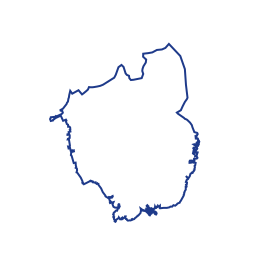 Kolonia, Pohnpei, Federated States of Micronesia, rotated 199°
{"feature_id": "79324940B53890436625634", "entity_name": "Kolonia", "entity_type": "district", "adm_level": 2, "iso_a3": "FSM", "parent_name": "Federated States of Micronesia", "parent_adm1": "Pohnpei", "projection": "albers", "projection_center": [158.208, 6.963], "detail": "fine", "context": "isolated", "style": "outline", "palette": "blue", "viewbox_px": 256, "rotation_deg": 199, "n_neighbors": 0, "source": "geoboundaries", "source_scale": "gbopen_adm2", "svg_char_len": 5570}
<svg xmlns="http://www.w3.org/2000/svg" viewBox="0 0 256 256"><g transform="rotate(199 128 128)"><path d="M194.7,144.3L194.3,140.1L193.8,137.4L193.9,136.5L193.4,133.4L193.9,132.0L193.9,130.6L195.8,125.1L197.7,123.0L197.4,122.5L195.7,122.7L194.6,121.2L195.3,119.6L199.2,115.9L200.1,115.9L200.5,114.9L204.5,113.0L204.4,112.1L204.6,111.1L203.3,109.5L201.4,110.7L201.5,111.3L200.5,112.5L200.7,112.9L195.6,117.8L191.7,113.7L189.4,115.7L188.6,115.0L188.7,113.7L187.8,112.8L187.2,111.9L185.8,111.6L185.0,109.7L183.8,110.2L182.9,109.7L182.0,107.7L182.4,107.2L181.9,106.8L181.3,105.9L182.8,104.8L181.9,103.3L183.2,102.3L183.0,101.8L181.3,102.7L180.7,102.0L179.9,99.6L181.3,98.2L181.3,97.5L180.1,97.9L177.2,92.5L177.0,91.4L178.6,91.0L177.5,89.3L176.2,90.1L174.9,88.0L173.5,88.8L172.9,88.4L172.0,89.2L171.5,88.3L173.9,86.6L173.4,85.1L173.2,83.8L172.2,83.3L167.9,77.2L166.3,78.2L165.7,77.0L165.4,76.0L164.4,74.5L164.5,73.3L163.2,73.1L162.4,71.5L162.2,69.3L161.5,69.3L156.5,65.7L153.6,62.7L153.4,61.4L152.9,60.9L152.4,61.3L151.4,60.5L149.9,62.0L146.9,65.1L146.7,65.5L146.0,65.5L146.0,66.0L144.1,66.0L144.1,65.5L143.4,65.2L142.9,65.6L142.0,65.4L140.9,66.1L140.3,65.3L139.4,65.0L138.9,65.7L138.4,65.3L137.8,65.5L137.5,64.7L135.0,63.0L133.7,62.1L132.8,61.1L130.9,59.1L127.3,56.7L127.1,56.1L126.6,55.9L125.0,55.6L123.9,55.3L123.3,55.6L123.3,56.1L123.8,56.3L123.6,56.6L122.5,56.7L120.5,58.0L120.7,58.4L120.4,58.7L120.1,58.2L120.6,56.9L121.3,57.2L122.1,56.6L122.1,56.1L122.4,55.8L122.8,55.1L122.2,54.0L121.9,53.8L120.4,52.9L121.1,52.0L120.5,51.2L117.6,53.2L117.8,50.8L116.1,48.8L114.4,48.5L112.3,49.2L111.5,50.2L111.7,51.4L112.1,52.0L112.0,52.9L111.5,53.0L111.0,52.0L110.3,51.2L110.6,49.1L111.1,49.0L111.5,48.1L111.3,47.7L111.4,46.3L112.3,46.2L113.0,44.9L113.2,44.2L113.5,44.0L113.9,43.0L113.7,42.6L113.9,41.6L113.3,41.4L112.9,40.1L113.0,39.1L112.5,38.7L112.1,38.9L111.9,37.9L111.6,37.3L111.1,37.0L110.7,37.0L110.3,35.4L109.4,35.2L109.1,35.8L109.4,36.5L109.1,37.7L107.6,39.7L107.6,40.5L105.8,39.1L104.1,39.6L103.7,40.1L104.0,40.5L104.6,40.9L104.1,41.6L103.5,41.2L102.8,41.2L102.2,42.0L102.0,43.5L101.5,43.6L101.6,42.7L100.3,41.3L99.7,41.5L98.8,40.6L97.9,40.4L96.2,41.3L95.5,41.4L94.2,42.5L95.1,43.8L93.9,43.0L92.5,43.9L91.9,45.4L91.5,45.8L90.4,47.8L90.4,48.2L89.8,48.5L88.5,51.7L89.0,54.8L89.8,56.0L87.9,55.4L88.2,54.5L88.1,54.3L87.3,54.7L86.6,55.3L86.5,55.0L85.9,54.8L85.3,55.1L83.8,55.0L81.6,54.0L80.2,53.2L79.6,52.6L78.9,52.5L78.8,52.9L79.2,53.8L80.2,54.6L82.0,55.2L83.3,56.4L84.3,56.5L84.4,57.1L83.6,56.8L83.3,56.8L82.9,56.6L82.8,56.3L82.2,56.3L81.5,55.8L80.7,55.5L79.0,54.6L78.0,54.6L77.7,55.2L77.9,55.8L78.2,56.2L79.4,56.9L79.7,56.9L79.8,57.2L80.2,57.0L80.3,56.7L81.0,56.8L81.8,57.3L82.1,57.7L82.4,57.7L83.0,58.0L83.7,59.0L83.8,59.4L84.4,59.8L85.0,60.4L84.6,61.3L83.7,60.8L83.6,60.6L83.3,60.6L83.2,60.2L82.7,59.8L82.1,59.5L82.2,59.2L82.0,58.9L81.0,58.6L80.7,58.6L79.3,57.7L75.4,56.2L74.6,55.5L73.9,55.3L73.2,55.4L73.1,56.5L73.8,57.4L75.2,57.8L76.3,57.8L77.3,58.4L78.2,58.2L79.6,58.7L80.0,58.9L80.0,59.1L80.4,59.4L80.0,59.7L79.6,59.3L79.3,59.2L78.3,59.8L77.8,59.8L77.1,60.2L76.8,60.2L76.7,60.6L76.3,60.9L76.6,61.5L76.8,62.5L76.5,62.2L76.3,61.6L75.9,61.4L75.6,61.6L75.3,61.7L75.2,62.7L75.0,62.8L75.0,63.3L74.8,63.5L74.3,63.4L74.2,63.6L74.0,63.3L73.7,63.6L73.9,64.0L73.6,63.9L72.8,64.2L72.5,64.8L72.3,64.2L71.9,62.6L71.6,62.5L68.3,64.1L65.3,65.1L63.0,66.5L62.3,67.5L60.7,68.0L59.9,69.8L58.1,69.9L57.1,71.4L56.6,72.7L54.8,74.2L54.8,75.2L54.4,76.2L53.3,82.4L53.6,82.9L53.4,83.9L53.8,85.0L53.6,85.4L53.8,86.0L53.6,87.5L53.3,88.5L54.3,91.2L53.6,91.4L53.6,92.1L54.7,93.3L54.1,94.1L54.5,95.7L55.7,95.8L55.6,98.0L54.7,99.2L55.2,99.9L57.6,101.5L55.4,100.4L54.5,100.2L53.9,102.4L54.0,103.9L54.0,105.2L53.1,106.0L53.1,106.5L52.4,106.6L52.5,107.3L52.1,107.7L51.7,108.8L52.0,109.4L51.4,110.2L52.0,111.3L51.8,112.1L52.0,112.6L52.7,113.8L52.3,114.4L52.7,117.1L53.9,117.2L54.6,116.6L56.1,116.5L57.1,115.7L58.5,115.1L58.9,116.2L58.9,117.2L57.7,117.8L56.0,118.2L55.0,118.2L54.6,118.8L55.2,119.4L55.5,120.4L54.0,121.0L52.9,121.6L52.6,122.4L53.5,123.3L55.1,123.6L55.4,123.3L55.6,124.0L54.7,124.2L54.1,124.9L54.3,126.5L55.0,127.1L54.2,127.2L54.2,127.6L55.5,127.4L55.6,126.6L55.9,126.7L56.0,127.2L56.6,127.4L56.8,127.0L57.8,126.7L57.8,125.5L56.6,124.5L58.3,125.1L58.9,130.2L59.6,130.2L59.6,130.7L59.2,131.0L58.8,131.0L59.0,130.8L58.9,130.5L57.6,129.6L57.8,129.1L57.3,128.7L56.5,128.7L56.2,129.6L56.2,130.2L55.8,130.7L55.8,131.2L56.2,131.5L56.4,131.9L56.7,131.9L56.8,132.3L57.4,132.4L57.2,132.7L57.5,133.0L58.0,133.2L59.2,133.4L60.6,133.8L59.9,134.3L56.0,134.0L55.8,135.5L58.3,135.9L58.3,136.5L58.0,136.6L57.7,137.4L57.4,136.8L57.0,136.4L56.9,137.0L56.1,137.3L56.2,138.3L56.9,138.6L56.9,139.0L57.7,139.2L57.7,139.7L58.4,140.6L58.8,140.4L58.9,140.7L59.5,140.9L60.5,140.2L61.5,142.3L60.5,142.7L60.4,143.2L60.7,143.5L60.2,144.3L60.1,144.9L60.6,145.6L61.1,145.9L63.9,145.7L67.4,149.8L68.6,151.5L71.1,153.3L74.8,155.0L76.2,155.2L77.2,155.2L78.4,155.8L85.5,157.8L86.8,158.5L83.8,162.0L83.4,166.3L82.7,171.2L81.7,174.6L81.6,176.0L87.3,187.8L93.4,202.2L102.0,213.1L112.1,218.4L116.7,220.8L118.7,215.9L121.5,213.3L126.1,211.2L129.6,207.4L133.4,205.3L137.8,203.2L136.9,200.3L133.1,198.6L132.5,195.7L133.5,191.4L133.5,188.7L133.1,186.6L131.2,184.1L131.3,179.6L138.5,175.4L140.9,174.3L142.9,175.5L144.1,177.7L146.3,177.8L148.0,178.8L152.1,184.3L154.7,185.5L156.8,182.4L156.9,174.3L157.4,171.1L165.7,160.8L168.0,158.8L170.6,157.2L173.7,155.5L175.2,154.8L176.7,154.3L178.2,154.0L178.4,151.3L179.5,149.3L181.4,146.2L182.4,144.8L187.1,147.6L191.9,142.3L194.7,144.3Z" fill="none" stroke="#1e3a8a" stroke-width="2"/></g></svg>